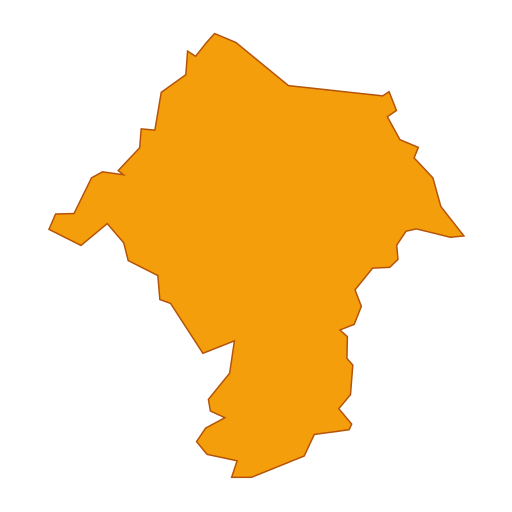 Morgan, Kentucky, United States of America (orthographic projection), rotated 91°
{"feature_id": "52423323B87580730769564", "entity_name": "Morgan", "entity_type": "district", "adm_level": 2, "iso_a3": "USA", "parent_name": "United States of America", "parent_adm1": "Kentucky", "projection": "orthographic", "projection_center": [-83.237, 37.914], "detail": "fine", "context": "isolated", "style": "filled", "palette": "amber", "viewbox_px": 512, "rotation_deg": 91, "n_neighbors": 0, "source": "geoboundaries", "source_scale": "gbopen_adm2", "svg_char_len": 968}
<svg xmlns="http://www.w3.org/2000/svg" viewBox="0 0 512 512"><g transform="rotate(91 256 256)"><path d="M43.6,309.4L57.4,319.9L52.3,328.0L75.9,329.3L94.0,353.6L131.9,359.3L130.9,373.0L149.8,374.2L173.0,395.3L177.1,389.9L174.5,410.9L180.7,421.8L216.7,438.7L217.5,457.1L233.0,463.5L248.5,431.2L226.2,405.3L245.1,388.5L262.8,383.7L277.3,353.8L301.2,351.4L304.9,340.6L354.2,307.4L341.2,276.1L373.6,280.3L400.2,301.1L411.8,298.9L418.2,284.3L428.9,303.3L442.6,312.2L455.2,301.5L461.1,271.3L477.7,276.5L477.4,256.8L455.1,204.3L433.4,194.6L428.1,159.9L422.4,157.4L407.2,170.6L393.0,159.1L363.4,157.3L356.8,163.3L335.1,163.2L328.5,170.8L322.6,156.6L304.5,149.8L288.1,156.4L266.1,139.2L265.0,122.1L256.9,114.0L242.7,115.5L228.6,106.4L226.1,96.1L233.9,62.0L232.3,48.5L203.4,72.0L174.8,80.5L155.2,99.6L144.6,95.6L137.2,114.1L114.5,127.1L108.0,118.1L89.4,125.8L93.7,132.2L85.1,226.5L42.9,279.8L34.3,301.3L43.6,309.4Z" fill="#f59e0b" stroke="#b45309" stroke-width="1.5"/></g></svg>